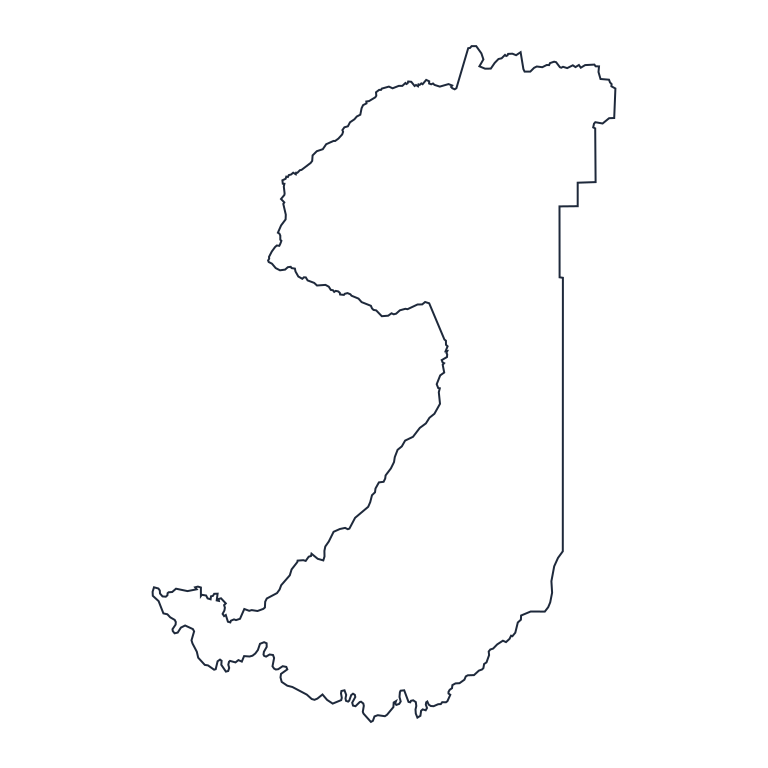 Alta Floresta D'Oeste, Rondônia, Brazil (Robinson projection)
{"feature_id": "56859067B53124283675112", "entity_name": "Alta Floresta D'Oeste", "entity_type": "district", "adm_level": 2, "iso_a3": "BRA", "parent_name": "Brazil", "parent_adm1": "Rondônia", "projection": "robinson", "projection_center": [-62.42, -12.473], "detail": "fine", "context": "isolated", "style": "outline", "palette": "slate", "viewbox_px": 768, "rotation_deg": 0, "n_neighbors": 0, "source": "geoboundaries", "source_scale": "gbopen_adm2", "svg_char_len": 6018}
<svg xmlns="http://www.w3.org/2000/svg" viewBox="0 0 768 768"><path d="M542.3,67.2L536.8,66.5L534.1,67.8L530.3,71.6L524.6,71.6L523.4,69.1L520.6,52.2L516.1,55.2L512.4,53.7L508.1,53.9L507.5,55.4L506.2,56.0L505.0,54.9L501.6,58.3L498.5,59.0L494.7,62.9L490.8,68.6L485.1,68.7L479.4,66.3L483.4,59.4L481.4,53.4L476.2,46.1L471.6,46.1L470.1,47.9L468.2,48.2L456.4,88.2L454.7,89.3L452.3,88.2L451.1,86.9L452.2,85.5L448.5,84.1L439.8,86.6L434.5,84.9L433.0,83.5L431.2,84.3L429.1,83.5L429.2,81.3L426.2,79.9L422.6,84.2L421.3,83.4L419.7,84.9L418.5,84.4L418.0,86.3L416.0,85.0L414.6,86.0L411.3,81.8L408.2,81.5L407.6,83.3L406.4,84.0L405.4,83.0L402.3,85.9L398.7,85.9L392.6,88.3L388.9,86.6L381.8,88.6L381.0,89.9L379.1,89.9L376.0,92.3L376.3,95.7L375.3,97.3L369.0,101.1L366.3,101.5L366.5,103.4L363.1,105.1L361.6,108.2L360.3,114.7L356.8,116.5L354.4,119.3L350.0,122.3L347.9,126.3L344.4,127.3L342.4,130.1L343.1,131.8L342.2,134.4L338.4,138.6L335.1,141.0L333.6,140.9L326.2,144.2L322.8,149.2L316.8,151.2L312.6,155.4L312.2,160.9L310.7,162.9L301.5,169.9L299.9,170.2L297.4,172.8L296.1,172.7L295.8,174.3L293.2,172.7L291.1,174.5L288.8,175.1L287.9,177.0L286.3,176.6L285.6,178.8L282.4,180.3L282.8,183.7L284.4,183.8L283.8,186.5L284.6,193.4L284.4,194.9L281.0,199.0L284.3,202.4L283.3,203.9L285.8,214.7L285.6,219.4L281.1,225.4L277.9,232.7L279.4,233.6L280.3,235.6L280.3,239.7L281.4,240.8L280.3,243.8L279.3,245.8L276.8,245.5L275.0,247.1L271.8,251.5L269.0,256.9L269.2,258.6L268.1,260.5L268.7,262.0L272.0,263.7L275.7,268.1L280.0,270.3L285.1,269.6L287.8,267.2L290.7,266.8L291.6,268.1L294.9,268.6L295.5,271.5L298.3,276.5L302.3,278.8L303.9,277.3L305.8,277.4L307.6,280.4L314.2,282.9L317.0,285.5L325.5,284.9L328.8,286.7L330.8,289.9L332.9,290.2L334.2,291.9L335.7,290.9L338.2,291.4L339.8,292.8L340.1,294.5L343.9,294.9L344.8,293.8L347.5,293.1L350.4,294.3L351.5,295.7L358.5,298.6L361.6,302.1L370.9,305.8L372.0,308.4L373.5,309.9L376.2,310.4L381.8,316.2L388.2,315.7L391.5,313.3L393.7,314.3L396.1,313.7L399.9,310.3L405.4,308.8L407.5,309.2L417.5,304.5L422.2,304.4L425.1,302.0L429.2,303.3L444.4,339.5L445.9,340.7L446.0,344.8L447.6,346.3L445.6,351.2L447.3,351.0L446.4,352.9L447.2,354.4L447.0,357.0L441.7,360.1L442.6,362.4L444.1,363.2L442.7,364.7L444.2,372.5L440.2,375.4L436.7,384.2L438.2,388.0L439.8,388.3L438.8,392.2L440.0,403.8L434.4,413.8L429.5,417.7L425.9,423.4L419.8,427.9L413.0,436.8L405.1,440.6L401.8,446.4L397.6,449.8L394.8,457.1L394.0,462.1L390.9,468.4L385.6,475.4L385.2,478.5L383.6,481.8L378.9,482.4L375.5,488.5L375.0,492.3L372.0,495.2L370.2,502.2L368.2,506.8L355.1,517.8L349.4,528.6L347.8,529.2L345.1,527.9L339.9,529.0L333.6,531.8L328.8,541.5L325.3,546.5L324.4,550.9L324.5,556.5L323.3,560.4L317.7,558.8L311.5,553.7L311.0,556.0L308.7,556.7L305.7,560.9L303.3,560.2L297.6,560.6L297.3,562.1L291.6,569.4L289.8,575.3L281.2,585.2L279.6,589.5L277.0,593.1L266.8,598.5L265.2,601.7L264.9,607.5L263.3,608.9L257.5,611.0L251.7,610.1L249.2,610.8L244.3,609.0L240.0,618.8L236.0,620.1L234.0,619.4L230.9,620.7L230.3,622.4L227.9,621.7L225.8,615.0L224.1,616.1L222.6,613.9L224.4,610.5L224.9,607.7L224.1,605.1L225.8,603.4L221.0,598.3L218.5,599.0L218.9,600.9L216.7,600.4L217.6,593.7L214.2,593.8L212.9,595.9L211.0,596.3L210.6,599.3L207.6,598.4L206.1,595.5L201.8,594.8L200.9,596.0L200.9,587.5L197.9,586.6L195.1,587.3L196.7,589.3L187.5,591.1L176.0,588.7L172.2,592.0L168.6,592.3L167.6,593.2L167.4,595.3L165.8,596.7L162.5,596.4L160.0,593.5L159.8,590.5L158.4,588.5L154.0,587.3L152.6,591.8L152.8,595.8L158.6,601.1L163.4,613.4L167.4,614.3L170.2,617.3L174.7,619.9L175.8,622.0L175.6,624.6L172.5,629.2L172.8,631.1L174.6,633.3L177.7,632.6L180.9,627.6L185.1,625.5L192.9,629.1L194.1,631.4L191.5,640.3L192.5,643.5L196.8,651.7L198.2,657.7L204.8,664.9L208.0,665.4L214.1,669.7L215.7,669.2L217.6,661.3L220.0,659.6L221.6,660.8L221.3,664.8L225.9,671.6L228.2,671.0L229.2,667.9L228.3,664.7L229.0,661.8L230.0,660.9L235.5,662.4L238.4,660.1L241.8,661.6L244.1,656.1L249.6,656.5L252.5,655.7L255.3,653.5L257.9,650.0L260.0,643.8L264.1,642.2L266.6,643.3L266.7,646.9L263.9,651.8L263.5,654.6L264.2,655.9L266.1,656.6L269.6,654.5L273.0,655.0L274.1,658.0L272.5,666.3L274.1,668.6L275.8,669.5L278.2,669.2L282.7,666.2L286.3,666.9L287.3,669.4L281.0,673.9L280.5,677.4L281.7,681.9L287.3,685.7L292.4,687.0L306.8,694.6L311.7,699.0L314.5,699.8L317.4,698.6L322.5,694.5L327.1,699.9L332.7,703.6L341.2,700.1L341.8,697.9L341.0,693.4L341.4,691.0L344.5,690.3L346.2,694.9L345.5,698.4L346.0,700.8L348.1,701.6L349.2,700.7L351.2,695.1L353.0,693.7L354.8,694.8L355.3,697.0L352.2,702.7L353.0,705.6L355.5,706.2L359.7,702.1L361.0,701.7L363.3,703.5L363.8,705.8L362.8,711.8L363.5,713.6L370.9,721.9L372.9,720.8L374.5,716.4L377.8,715.2L384.9,716.2L387.0,714.8L393.4,707.1L393.7,702.5L396.0,701.1L395.2,703.4L396.3,704.9L399.2,703.9L400.7,701.5L399.5,697.0L399.9,692.2L400.6,690.7L404.2,690.3L408.5,701.9L410.2,702.3L411.0,700.8L413.2,700.3L415.8,702.1L416.3,706.0L415.5,709.5L415.8,713.6L417.4,717.6L420.4,715.8L421.1,710.8L422.7,709.4L425.7,710.3L427.0,708.0L425.8,704.6L426.2,702.3L427.3,701.5L428.7,704.6L430.8,706.0L433.6,706.2L438.2,704.2L440.8,704.1L442.2,702.2L445.9,702.3L447.4,701.2L450.3,694.8L448.5,693.5L448.5,691.9L449.7,689.8L452.0,688.2L452.4,685.1L455.5,683.4L459.5,683.2L464.4,679.7L465.8,676.4L467.8,675.3L474.0,675.1L478.9,670.6L482.0,669.5L483.4,668.1L484.1,664.0L486.5,662.4L489.1,655.1L488.7,651.5L490.3,649.5L493.1,648.6L497.2,644.4L502.9,640.7L506.0,642.1L509.5,638.9L511.1,635.7L512.4,636.2L515.3,632.7L517.8,622.5L520.9,619.7L521.1,615.5L530.7,611.5L544.8,611.6L548.2,607.2L550.2,602.4L552.1,592.7L551.4,581.2L554.2,566.3L558.0,557.9L562.8,551.3L562.9,277.8L559.6,277.3L559.5,206.4L577.7,206.2L577.7,182.7L595.6,182.1L595.2,128.4L593.2,127.4L594.0,123.7L595.3,122.2L602.6,123.5L609.1,118.2L614.2,118.0L615.4,88.5L611.4,86.3L611.6,84.1L610.0,82.4L609.0,79.7L600.5,79.0L598.5,72.0L599.0,66.4L595.6,66.3L594.4,64.6L585.1,65.1L580.8,67.7L578.9,65.0L575.5,67.1L572.8,65.3L567.2,68.1L563.0,66.8L561.3,67.7L559.9,67.2L556.1,62.2L554.1,61.7L550.0,63.1L549.1,65.1L546.7,65.0L542.3,67.2Z" fill="none" stroke="#1e293b" stroke-width="2"/></svg>